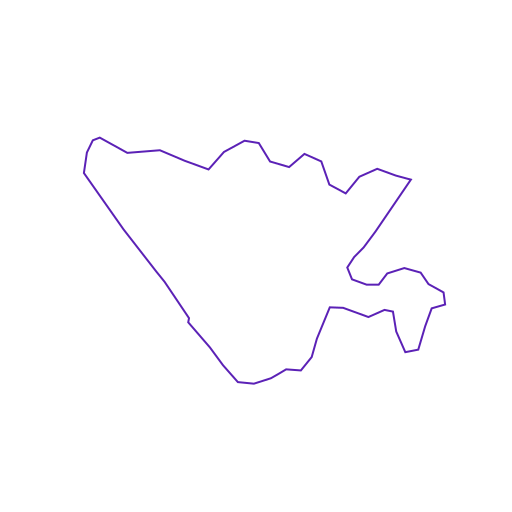 outline of Goyang-si, Gyeonggi, South Korea, rotated 20°
{"feature_id": "91817680B27371207272645", "entity_name": "Goyang-si", "entity_type": "district", "adm_level": 2, "iso_a3": "KOR", "parent_name": "South Korea", "parent_adm1": "Gyeonggi", "projection": "robinson", "projection_center": [126.873, 37.651], "detail": "fine", "context": "isolated", "style": "outline", "palette": "violet", "viewbox_px": 512, "rotation_deg": 20, "n_neighbors": 0, "source": "geoboundaries", "source_scale": "gbopen_adm2", "svg_char_len": 892}
<svg xmlns="http://www.w3.org/2000/svg" viewBox="0 0 512 512"><g transform="rotate(20 256 256)"><path d="M215.0,341.5L244.0,357.7L262.3,369.9L282.1,380.7L297.7,376.7L311.8,365.8L317.8,358.7L323.1,352.2L337.3,348.2L342.9,331.9L341.5,312.9L342.9,279.0L355.6,274.9L382.5,274.9L395.2,262.7L403.7,261.4L413.6,279.0L429.2,295.3L440.5,288.5L439.0,264.1L439.0,245.1L450.3,236.9L448.4,233.2L444.7,226.1L427.7,223.4L416.4,215.3L399.5,216.6L385.3,227.5L381.1,241.0L369.8,245.1L354.2,245.1L345.7,235.6L348.6,223.4L354.2,211.2L359.9,192.2L375.4,131.3L359.9,132.6L340.1,132.6L326.0,146.2L318.9,166.5L300.5,163.8L285.0,144.8L266.6,143.5L256.7,161.1L236.9,162.4L220.0,148.9L205.8,151.6L190.3,169.2L181.8,190.9L156.4,190.9L129.5,189.5L99.8,203.1L68.7,198.2L63.1,203.1L61.7,216.6L65.9,236.9L122.4,276.3L167.6,304.7L178.9,311.5L214.3,337.3L215.0,341.5Z" fill="none" stroke="#5b21b6" stroke-width="2"/></g></svg>